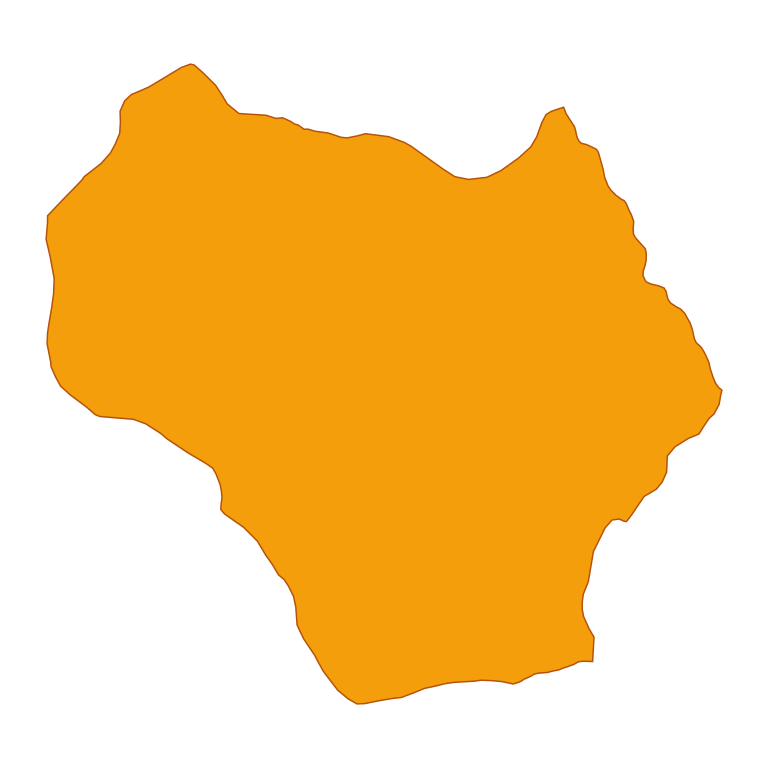 Chaskhar, Mongar, Bhutan (Natural Earth projection)
{"feature_id": "84629894B11723980305793", "entity_name": "Chaskhar", "entity_type": "district", "adm_level": 2, "iso_a3": "BTN", "parent_name": "Bhutan", "parent_adm1": "Mongar", "projection": "natural_earth1", "projection_center": [91.37, 27.254], "detail": "fine", "context": "isolated", "style": "filled", "palette": "amber", "viewbox_px": 768, "rotation_deg": 0, "n_neighbors": 0, "source": "geoboundaries", "source_scale": "gbopen_adm2", "svg_char_len": 2969}
<svg xmlns="http://www.w3.org/2000/svg" viewBox="0 0 768 768"><path d="M563.6,107.2L551.4,111.3L546.1,114.5L541.9,122.4L536.7,136.9L530.7,147.0L518.6,158.0L501.1,170.5L486.9,177.3L474.8,178.7L468.6,179.4L454.8,176.7L442.8,168.9L428.4,158.6L410.9,146.1L404.0,142.3L388.8,136.7L377.3,135.2L365.4,133.7L357.2,135.9L347.0,137.9L341.1,137.3L328.2,133.0L314.9,131.2L307.8,129.1L304.3,129.3L298.1,125.0L294.9,124.2L290.6,121.4L282.6,117.8L275.9,118.4L266.2,115.3L257.7,114.7L245.9,114.0L238.9,113.5L227.2,103.9L222.0,95.0L215.6,85.3L202.7,72.5L194.3,65.1L190.5,64.1L181.3,67.5L148.7,87.1L131.3,94.6L124.7,100.8L120.1,111.2L120.4,122.4L119.7,133.5L115.0,144.6L110.4,153.0L101.3,163.3L84.3,176.6L81.5,180.5L60.4,202.2L47.6,215.7L47.5,223.1L46.1,239.2L50.3,257.4L54.2,278.6L53.9,286.6L53.6,293.6L51.6,308.0L48.9,323.9L47.5,333.3L47.1,343.9L50.6,361.5L51.1,366.8L55.4,376.6L60.5,386.0L69.9,394.6L73.6,397.4L86.8,407.3L95.2,414.6L99.8,416.5L133.4,419.3L145.7,423.8L160.5,433.3L167.4,439.1L188.7,453.3L205.4,463.1L212.7,468.2L216.0,473.9L220.1,484.4L221.4,491.2L222.0,497.7L221.1,504.4L220.8,509.5L224.5,513.9L236.5,522.4L243.4,527.1L251.5,535.2L257.5,541.3L266.0,555.6L272.3,564.4L278.5,574.9L284.2,579.6L288.6,586.4L293.6,596.6L295.8,607.1L296.7,619.6L297.1,625.0L299.6,630.4L303.7,638.9L309.6,647.7L314.6,655.2L318.1,661.9L323.4,671.4L329.1,678.9L337.9,690.4L348.2,698.9L357.0,703.9L364.9,703.6L378.0,700.9L392.2,698.5L401.3,697.5L414.8,692.4L424.5,688.4L435.8,686.0L445.2,683.6L454.9,682.3L473.8,681.2L481.3,680.2L491.3,680.6L502.0,681.6L513.2,684.0L517.5,682.7L521.0,681.3L524.1,679.2L527.4,677.8L531.6,675.8L534.3,674.1L538.3,673.2L541.1,673.0L544.0,672.7L547.3,672.5L552.1,671.2L555.1,670.6L559.1,669.8L561.8,668.6L564.3,667.7L567.6,666.7L571.1,665.3L573.4,664.6L578.4,661.8L583.1,661.2L592.6,661.5L593.4,648.5L594.0,637.1L589.3,629.2L583.6,616.6L582.2,609.3L582.3,601.5L583.3,594.2L588.3,581.7L593.4,551.6L605.2,527.7L612.1,520.0L619.3,519.0L623.7,521.1L626.3,521.6L628.0,519.7L632.1,514.2L637.8,505.7L644.2,496.4L656.3,489.2L662.2,482.0L666.6,472.2L667.3,456.0L675.1,446.7L688.2,438.5L698.9,434.0L703.4,426.9L709.0,418.5L714.0,414.0L719.1,404.5L720.6,395.6L721.9,390.2L718.7,387.6L715.5,383.1L712.9,376.8L710.3,368.9L708.9,362.3L705.9,355.6L704.2,352.2L701.5,347.7L696.2,342.6L694.6,339.4L693.9,336.6L692.2,328.9L690.0,322.7L687.9,319.1L684.7,313.3L680.5,309.0L676.3,306.8L670.5,303.0L668.0,299.3L666.8,294.8L666.2,291.7L664.1,288.0L658.2,285.7L651.3,284.1L646.1,281.9L644.4,278.7L643.0,275.5L643.2,271.3L645.0,265.8L646.1,260.4L646.3,253.9L645.4,248.9L641.8,244.9L635.3,237.6L633.4,233.9L633.2,228.7L633.7,221.5L631.3,214.6L629.2,210.7L626.3,203.7L624.2,200.7L621.1,199.1L616.0,195.3L611.0,190.3L608.1,186.1L604.7,177.5L603.0,168.8L600.8,160.9L599.8,157.4L598.4,152.4L596.5,149.4L591.9,147.0L586.6,144.6L581.3,143.3L579.1,141.3L577.2,137.6L576.3,134.1L575.6,130.6L574.4,126.6L569.4,118.9L566.1,113.7L563.6,107.2Z" fill="#f59e0b" stroke="#b45309" stroke-width="1.5"/></svg>